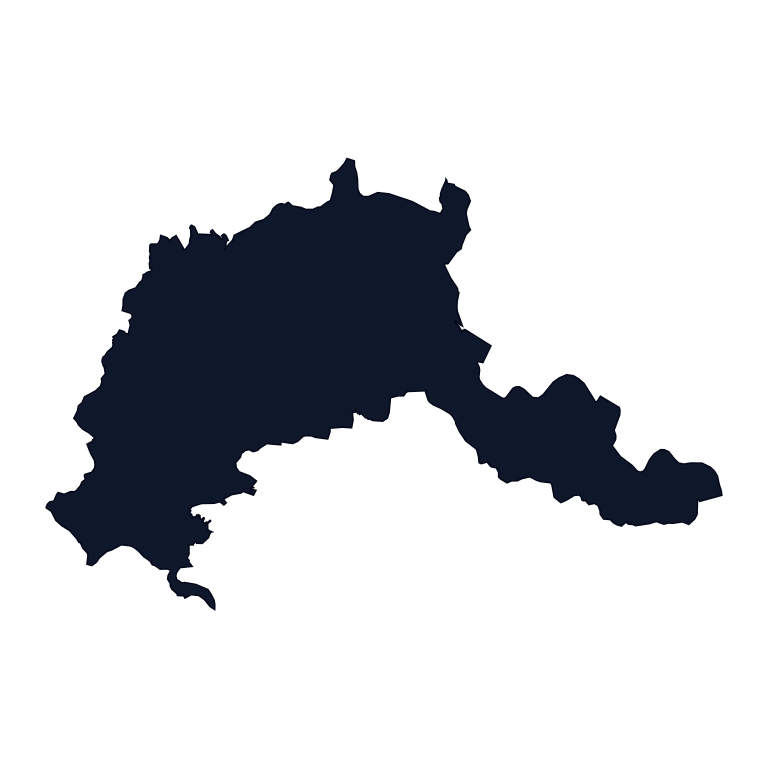 the district of VAD, Cluj, Romania
{"feature_id": "2599482B24350957345977", "entity_name": "VAD", "entity_type": "district", "adm_level": 2, "iso_a3": "ROU", "parent_name": "Romania", "parent_adm1": "Cluj", "projection": "mercator", "projection_center": [23.717, 47.202], "detail": "fine", "context": "isolated", "style": "filled", "palette": "ink", "viewbox_px": 768, "rotation_deg": 0, "n_neighbors": 0, "source": "geoboundaries", "source_scale": "gbopen_adm2", "svg_char_len": 6084}
<svg xmlns="http://www.w3.org/2000/svg" viewBox="0 0 768 768"><path d="M256.5,481.1L249.8,475.9L239.1,471.8L236.2,467.6L235.7,462.6L240.4,457.3L241.3,453.9L244.7,450.8L248.8,449.6L253.0,451.6L254.6,451.4L257.8,450.2L260.4,447.7L268.1,442.9L268.4,443.8L280.8,444.8L280.9,441.8L292.7,443.5L297.7,441.3L303.2,436.3L305.7,435.7L311.8,435.9L315.1,437.3L327.7,439.0L330.0,431.9L330.0,428.2L342.2,427.2L351.6,427.8L353.1,419.9L352.3,412.7L355.3,412.2L355.7,410.4L357.9,413.7L358.9,413.2L359.6,414.5L361.1,413.5L365.6,417.9L366.5,417.6L368.1,419.2L369.7,419.0L372.8,420.5L382.7,421.2L387.4,418.1L389.1,412.6L390.5,397.7L398.5,395.8L403.7,395.9L405.8,392.7L407.8,391.5L425.1,390.8L428.3,400.4L429.5,402.0L433.5,405.0L441.6,408.6L450.3,413.9L452.9,416.8L455.6,421.6L455.7,423.5L459.4,431.4L465.7,440.9L476.5,449.2L478.5,456.6L479.1,462.7L481.3,463.7L487.0,462.0L490.9,466.7L496.4,467.9L498.6,472.4L498.6,477.0L500.7,479.1L507.0,482.9L511.5,480.9L517.4,480.8L522.0,478.6L529.9,476.8L536.6,480.3L541.1,481.7L550.5,482.7L551.8,484.5L554.2,497.2L560.8,502.6L566.0,500.4L574.3,495.4L579.2,495.0L581.1,496.8L581.9,500.0L583.8,500.9L585.2,500.3L589.0,504.6L594.4,503.4L598.1,505.5L600.1,511.1L600.2,514.2L603.5,519.0L610.3,519.6L613.2,522.6L616.5,524.6L621.4,526.1L625.9,522.2L628.5,524.2L632.8,524.5L635.6,525.7L649.6,523.6L656.3,521.5L663.9,524.2L668.6,523.0L672.8,523.3L682.4,521.9L688.8,524.4L694.6,519.1L697.1,514.5L697.6,499.1L698.9,499.4L699.7,501.4L721.9,495.3L721.2,490.5L719.3,484.8L717.4,475.8L714.2,470.8L710.4,467.2L702.0,463.1L690.5,463.0L683.9,464.1L678.7,463.0L674.8,459.3L668.9,451.8L664.4,449.7L660.6,449.7L654.0,454.0L649.7,459.5L645.3,468.6L643.3,471.1L640.4,472.1L637.5,471.3L632.1,465.4L620.4,456.6L612.2,445.7L615.6,439.6L615.8,435.4L614.1,430.2L619.7,415.0L620.0,409.9L619.1,407.4L600.4,396.2L597.4,401.1L595.7,402.1L584.1,383.5L578.7,378.8L573.4,375.7L566.6,374.7L559.4,377.8L553.4,382.0L543.0,394.8L538.3,398.0L532.5,397.4L524.1,389.4L519.5,386.8L516.0,386.8L512.9,388.3L506.1,397.4L504.0,398.6L501.6,397.8L485.6,387.9L482.4,384.5L479.3,379.5L478.9,377.2L479.6,369.9L479.1,367.0L477.3,363.2L477.9,361.6L482.9,362.6L491.0,345.8L465.0,329.5L464.3,330.6L463.7,329.9L461.7,331.2L458.7,326.0L454.6,322.2L455.2,321.0L460.3,324.9L462.5,326.1L457.4,311.7L456.9,307.5L457.2,301.4L458.9,292.6L457.6,291.0L457.7,289.2L457.0,287.6L450.6,278.0L444.3,265.0L446.3,263.1L447.2,263.9L448.1,263.5L456.4,252.1L461.2,248.6L461.9,245.0L466.0,234.7L470.5,229.8L468.8,226.5L466.1,213.7L466.8,209.3L470.3,201.1L468.1,195.0L465.1,191.3L455.7,186.8L454.6,185.9L454.1,184.5L447.1,183.2L447.0,180.8L446.0,179.1L445.8,180.6L442.1,188.9L440.5,193.8L440.7,196.1L439.6,198.1L440.2,201.8L442.0,203.7L443.2,208.6L440.3,213.7L434.8,211.7L429.9,211.0L412.2,201.6L389.0,193.8L377.6,192.6L368.6,196.5L363.3,196.6L359.5,193.4L357.8,189.0L357.5,179.1L356.5,172.4L354.5,166.4L354.4,160.9L347.0,158.5L344.4,163.3L339.0,169.5L336.3,171.8L332.4,173.1L331.1,174.8L329.9,179.8L333.8,184.7L333.9,185.7L332.6,193.1L330.4,200.7L327.3,202.1L320.7,207.0L317.8,207.2L313.0,209.4L305.8,209.4L301.2,207.5L292.3,205.9L288.5,202.4L287.2,202.7L285.1,204.5L281.4,203.6L279.3,204.0L276.6,205.3L273.1,208.5L269.8,214.7L263.4,219.8L255.6,222.2L250.1,227.5L234.3,235.2L232.6,240.1L225.4,248.1L226.4,241.1L228.3,240.4L226.1,235.7L224.7,234.5L223.9,234.0L221.7,235.6L222.8,238.3L221.9,239.8L219.9,236.8L215.5,233.7L212.5,229.8L211.1,230.6L210.5,232.3L212.1,234.7L197.8,234.1L194.6,227.0L191.6,225.2L190.8,225.6L189.7,227.9L190.7,229.8L190.9,235.9L189.7,240.3L189.4,243.9L184.6,250.3L176.1,235.6L172.4,237.7L169.8,240.4L167.1,237.7L160.7,235.4L160.0,239.9L158.2,243.4L156.7,244.1L151.1,244.1L150.0,245.0L149.6,251.5L150.4,253.7L149.5,257.7L150.1,260.9L149.3,263.4L149.9,268.6L151.8,268.8L152.0,269.4L150.5,271.3L146.5,272.5L145.8,273.6L143.2,274.6L143.0,277.2L141.8,280.8L139.9,282.1L135.8,287.9L129.0,290.4L125.5,293.0L123.2,299.2L123.1,305.6L122.2,310.6L130.4,313.2L132.1,314.7L132.0,318.1L129.1,320.4L130.3,325.0L128.1,334.4L124.7,332.8L124.3,331.6L119.5,330.0L117.3,334.0L112.9,336.9L113.7,338.5L112.7,340.3L113.3,342.0L112.7,342.8L113.1,345.0L112.4,347.4L107.5,351.7L104.8,355.9L103.3,356.7L102.3,359.1L102.0,361.6L103.5,366.4L104.3,367.3L105.3,373.8L101.4,378.6L101.8,381.7L100.6,386.1L95.5,390.9L84.5,396.8L82.1,402.6L78.4,405.8L77.3,411.2L73.8,418.4L76.7,421.4L78.6,425.0L83.1,429.4L88.6,432.6L94.9,437.9L92.8,439.7L92.3,441.4L87.0,444.1L90.4,452.9L94.4,460.3L95.1,464.8L94.6,468.0L91.7,472.3L84.9,474.4L84.3,475.9L85.4,479.5L81.9,482.0L80.5,485.5L76.5,490.4L74.7,491.6L70.6,491.6L64.1,494.3L58.1,492.5L56.6,494.6L53.7,501.3L50.1,501.6L47.2,504.4L46.1,507.8L51.3,511.3L55.8,520.3L61.9,525.8L69.9,530.8L76.8,538.8L78.8,542.4L80.4,542.7L83.0,548.4L87.5,553.2L87.9,556.0L86.9,564.2L91.9,565.6L96.6,562.0L99.2,558.0L106.9,551.5L111.9,549.8L121.3,544.8L130.1,545.8L133.4,547.1L138.4,550.9L143.8,556.7L150.1,561.1L152.3,564.8L155.0,565.5L159.9,569.1L167.4,569.0L170.4,570.2L170.4,571.2L168.1,575.5L167.6,579.1L170.2,583.3L170.4,586.4L171.8,589.2L177.3,594.0L177.4,595.5L183.8,595.8L184.9,598.1L191.3,594.7L198.8,595.5L204.5,599.6L210.1,606.6L214.7,609.5L214.8,604.1L214.1,600.3L211.2,594.5L208.0,589.6L195.7,584.4L184.5,582.5L181.9,582.9L176.5,579.4L176.3,577.4L175.6,576.7L176.5,572.6L180.1,567.6L192.2,566.4L188.8,561.9L189.1,560.4L187.1,558.2L189.0,554.4L189.0,544.9L193.3,544.9L193.1,544.1L196.3,541.3L196.6,543.3L202.3,543.4L208.6,537.5L209.3,534.9L211.0,532.1L212.0,531.9L208.6,530.4L207.8,529.2L207.6,523.8L210.7,521.0L210.1,520.3L207.5,522.6L206.3,522.0L205.7,523.3L204.6,522.9L203.8,523.5L203.1,521.3L204.4,518.1L203.4,517.7L201.8,519.4L200.6,518.9L199.7,518.2L200.2,517.3L199.5,516.6L200.0,515.6L198.3,514.7L197.8,515.7L196.8,515.0L195.6,516.9L192.9,516.9L192.1,516.3L191.5,514.1L190.1,514.2L189.6,512.4L190.4,512.0L190.7,510.2L188.8,508.7L191.2,507.9L192.0,506.6L201.5,503.5L214.1,503.3L219.9,501.8L223.8,505.0L226.2,502.9L223.7,499.4L224.6,498.5L231.9,494.6L241.0,493.0L243.0,491.4L253.5,495.2L256.0,490.3L250.6,489.3L251.3,488.0L254.4,487.8L251.8,486.9L256.5,481.1Z" fill="#0f172a" stroke="#020617" stroke-width="1.5"/></svg>